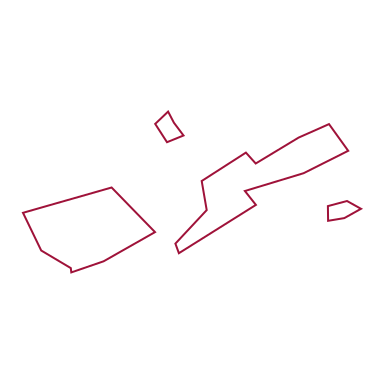 the district of Angren city, Tashkent, Uzbekistan
{"feature_id": "79887680B68716596189274", "entity_name": "Angren city", "entity_type": "district", "adm_level": 2, "iso_a3": "UZB", "parent_name": "Uzbekistan", "parent_adm1": "Tashkent", "projection": "albers", "projection_center": [70.1, 41.005], "detail": "fine", "context": "isolated", "style": "outline", "palette": "rose", "viewbox_px": 384, "rotation_deg": 0, "n_neighbors": 0, "source": "geoboundaries", "source_scale": "gbopen_adm2", "svg_char_len": 522}
<svg xmlns="http://www.w3.org/2000/svg" viewBox="0 0 384 384"><path d="M103.6,261.3L155.0,232.1L111.6,187.5L23.0,212.8L41.2,250.5L70.8,268.1L71.3,272.4L103.6,261.3ZM348.2,150.8L329.0,124.1L298.6,137.6L255.7,163.5L245.9,152.6L201.7,181.0L206.7,210.1L175.4,243.6L178.9,253.2L255.9,204.9L244.9,191.0L303.6,173.2L348.2,150.8ZM183.5,135.5L173.9,122.7L168.1,111.6L155.2,123.9L167.0,142.2L183.5,135.5ZM344.3,218.1L361.0,208.8L347.0,201.0L327.9,206.1L328.1,220.8L344.3,218.1Z" fill="none" stroke="#9f1239" stroke-width="2"/></svg>